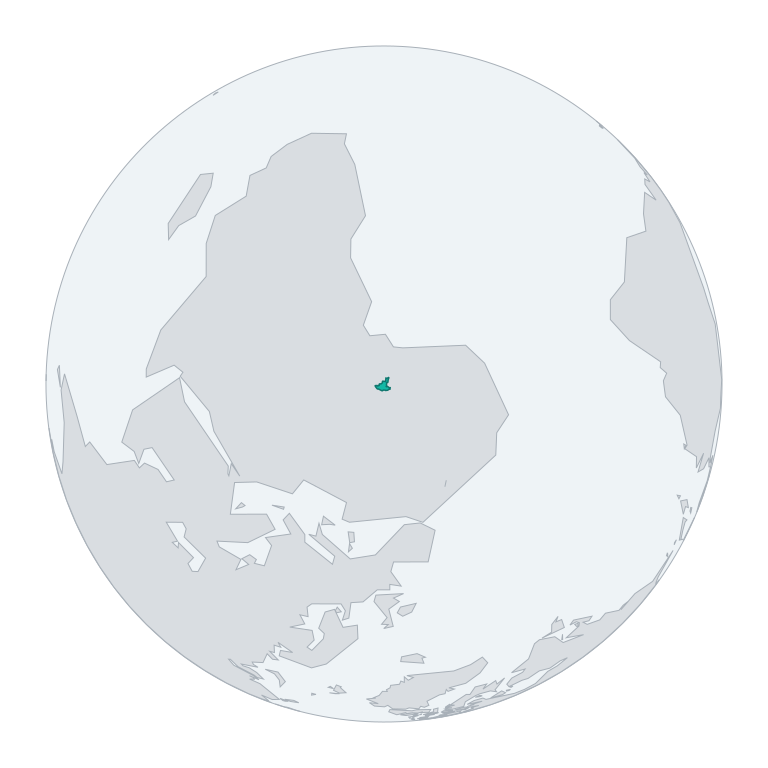 globe centered on Sokoto, rotated 186°
{"feature_id": "NGA-2871", "entity_name": "Sokoto", "entity_type": "State", "adm_level": 1, "iso_a3": "NGA", "parent_name": "Nigeria", "parent_adm1": "", "projection": "orthographic", "projection_center": [5.256, 12.709], "detail": "coarse", "context": "on_globe", "style": "filled", "palette": "teal", "viewbox_px": 768, "rotation_deg": 186, "n_neighbors": 0, "source": "natural_earth", "source_scale": "10m", "svg_char_len": 9405}
<svg xmlns="http://www.w3.org/2000/svg" viewBox="0 0 768 768"><g transform="rotate(186 384 384)"><circle cx="384" cy="384" r="338" fill="#eef3f6" stroke="#a8b0b8"/><path d="M292.7,58.6L265.4,68.0L271.1,66.2L260.9,71.0L263.7,71.1L256.1,74.2L264.9,71.7L271.3,68.9L277.3,67.1L279.6,67.2L270.3,70.9L267.8,71.4L266.3,72.6L260.7,74.6L264.7,73.7L253.2,78.8L267.8,74.1L261.3,78.6L252.8,82.0L249.6,81.0L221.9,90.0L212.3,95.0L202.0,102.0L191.1,115.3L182.2,121.8L173.0,131.0L179.8,127.1L189.3,118.8L199.6,114.9L210.0,106.2L215.7,103.8L228.1,96.1L230.5,98.3L226.2,104.9L216.0,111.8L213.9,115.3L227.0,110.2L211.5,125.7L207.2,141.4L202.7,145.9L187.7,150.5L178.8,145.6L159.3,155.6L176.2,150.7L164.8,163.7L164.7,167.0L167.8,167.7L173.9,163.7L170.8,169.0L152.9,174.8L155.4,170.0L161.1,167.9L156.8,166.2L144.7,172.0L139.8,179.2L126.6,183.5L123.0,189.0L118.1,193.7L124.8,184.3L112.5,201.8L96.2,215.8L79.1,248.7L91.2,220.7L92.7,215.3L92.9,212.9L89.9,218.1L92.3,213.4L106.3,191.5L121.9,170.8L139.0,151.3L157.6,133.2L177.5,116.5L198.6,101.5L220.8,88.1L244.0,76.4L268.0,66.6L292.7,58.6ZM69.9,259.3L69.9,260.2L61.2,284.0L69.9,259.3ZM59.6,289.5L58.1,298.8L52.4,321.7L50.6,335.7L52.2,335.6L53.1,344.6L57.3,333.1L62.5,329.3L58.9,348.6L64.6,333.1L65.6,344.4L78.1,351.1L76.2,354.9L86.1,383.9L102.7,400.7L106.5,416.4L104.0,424.3L111.0,429.2L111.2,435.0L144.4,452.8L165.6,471.7L167.7,491.5L155.6,510.6L157.8,554.9L139.5,563.4L143.7,580.4L144.8,601.8L132.6,595.3L145.3,609.8L146.1,615.2L140.6,612.8L147.6,621.4L144.0,619.4L152.1,626.8L158.3,634.9L170.5,645.4L177.3,651.4L158.2,635.4L140.3,618.1L139.9,617.6L140.0,617.8L129.1,605.9L119.8,594.6L106.4,575.2L76.2,513.0L70.1,498.7L60.9,478.3L48.6,423.7L47.7,405.7L46.9,395.0L49.8,371.7L51.8,344.7L51.5,339.5L49.5,347.5L51.2,326.0L55.5,304.7L55.8,303.6L59.6,289.5ZM74.0,259.6L72.4,282.5L68.5,280.5L70.1,278.3L71.5,269.9L72.5,260.7L70.5,260.8L74.0,259.6ZM84.0,244.5L83.9,242.1L84.7,243.1L84.0,244.5ZM225.9,95.6L226.9,95.8L224.1,97.1L225.9,95.6ZM230.3,92.2L226.3,93.5L227.7,92.2L230.2,91.4L230.3,92.2ZM234.9,91.1L230.9,89.7L233.6,87.5L245.2,82.9L234.9,91.1ZM272.4,68.1L265.7,71.0L269.2,68.6L272.4,68.1ZM273.2,67.1L275.4,64.2L286.4,60.6L283.4,61.9L296.1,57.9L300.4,57.4L294.4,59.6L286.4,61.8L294.1,60.1L273.2,67.1ZM280.0,66.2L279.5,65.7L289.0,62.4L291.8,63.0L287.8,63.8L280.0,66.2ZM297.3,57.4L304.9,55.5L310.4,54.4L314.1,53.7L301.4,57.2L297.3,57.4ZM286.8,64.6L293.0,63.5L290.5,65.3L281.2,66.7L286.8,64.6ZM290.3,61.4L294.9,60.0L293.2,60.9L290.3,61.4ZM285.3,72.3L284.5,71.0L289.3,69.0L285.3,72.3ZM295.4,63.0L296.2,62.4L298.1,61.7L301.5,61.4L295.4,63.0ZM306.2,56.5L306.9,56.7L311.7,54.9L316.0,54.6L306.8,57.2L312.6,56.0L313.9,55.9L304.9,58.2L306.2,56.5ZM310.6,59.2L300.3,63.3L300.8,65.7L296.4,67.4L296.4,63.2L310.6,59.2ZM308.0,58.3L308.6,59.1L302.9,60.4L299.0,60.7L308.0,58.3ZM322.3,53.7L318.0,53.5L320.2,53.0L322.3,53.7ZM311.8,59.5L314.3,58.6L312.5,59.5L311.8,59.5ZM320.4,55.0L318.5,54.9L321.1,54.3L320.4,55.0ZM320.7,57.1L317.4,58.3L314.6,58.3L320.7,57.1ZM321.4,55.9L325.3,55.2L315.6,57.7L320.2,55.9L321.4,55.9ZM323.0,54.5L323.9,54.1L323.4,54.7L323.0,54.5ZM333.1,56.7L321.5,59.8L315.4,59.7L327.5,56.6L333.1,56.7ZM193.6,663.1L200.2,667.5L200.4,667.7L193.6,663.1ZM192.6,661.6L193.6,661.1L196.8,663.1L196.8,664.0L192.6,661.6ZM458.6,54.4L457.6,54.2L454.2,53.5L452.7,53.1L458.6,54.4ZM712.6,305.2L707.1,285.6L708.7,294.3L704.9,282.1L694.9,261.0L695.1,273.2L698.0,312.1L704.5,344.2L702.8,360.7L685.8,319.6L674.5,290.6L670.6,295.6L651.2,274.9L624.3,281.9L618.5,275.0L613.9,280.3L599.8,275.4L590.1,264.0L582.6,266.6L608.0,296.5L615.9,294.0L619.6,279.3L625.4,290.8L638.7,298.8L631.3,332.0L588.0,368.9L580.5,345.4L530.3,286.1L529.9,278.7L529.6,277.9L528.7,276.5L527.6,288.8L517.8,277.3L548.2,319.2L554.8,338.4L587.5,370.4L585.2,374.7L594.7,380.8L621.2,366.0L622.0,374.1L611.6,414.4L572.1,472.3L575.5,505.2L569.4,534.0L540.7,556.4L539.1,577.4L523.7,586.6L520.0,598.5L505.3,612.2L482.3,625.8L447.5,628.9L448.5,618.7L436.0,599.3L420.0,549.4L432.1,524.7L430.4,505.9L404.9,464.6L410.7,440.3L403.1,430.5L387.8,433.6L378.5,421.9L369.0,421.9L306.9,431.1L286.1,415.2L256.9,366.4L266.8,347.3L265.4,325.0L330.8,250.5L348.3,254.4L403.9,242.9L411.5,245.2L408.9,262.2L453.8,280.2L463.6,265.2L500.4,273.3L522.3,270.4L523.2,238.4L487.2,242.3L477.1,228.1L502.9,212.0L533.7,210.3L530.8,204.8L508.0,194.6L511.8,183.8L499.7,190.4L507.1,195.4L499.7,200.2L492.6,196.1L494.2,192.1L484.0,190.7L478.9,211.6L485.8,218.9L461.0,225.1L470.1,238.3L464.6,245.5L447.0,226.0L446.2,218.4L416.4,199.3L415.0,207.6L443.1,226.7L435.8,225.6L434.1,238.7L429.6,227.9L399.3,206.5L374.7,213.1L349.1,246.2L333.5,249.6L317.9,243.9L321.5,211.7L355.9,208.0L357.6,198.1L345.8,184.8L357.3,185.3L356.7,179.9L369.2,178.6L382.1,165.1L394.0,163.1L394.5,147.5L400.7,144.8L398.7,154.4L403.7,160.8L432.9,157.8L437.2,154.1L435.2,144.7L443.5,145.7L437.7,137.1L452.3,132.4L429.7,131.4L426.7,122.0L433.0,114.3L427.9,111.5L417.7,124.2L417.3,129.6L423.4,134.3L418.7,151.1L409.7,154.7L399.3,137.7L385.3,141.4L383.3,128.0L412.1,99.5L426.4,94.1L459.8,102.7L459.1,108.2L446.8,107.4L462.4,116.0L459.1,111.4L466.0,112.8L464.9,105.5L469.7,106.2L460.3,98.5L466.1,98.6L472.0,103.5L475.2,94.3L486.0,93.7L484.5,91.4L479.7,89.1L496.6,90.6L494.7,89.0L488.4,87.7L480.5,83.8L473.1,78.0L479.4,78.8L482.9,81.0L499.6,87.6L508.0,94.2L509.8,94.1L504.0,88.6L483.6,80.4L477.4,76.8L487.3,79.8L483.2,78.4L482.1,76.9L486.8,76.5L476.0,73.0L455.1,59.4L462.2,58.5L473.3,61.9L465.3,56.8L473.9,58.3L468.1,56.8L462.4,55.3L486.3,61.9L509.6,70.3L532.3,80.4L554.2,92.1L575.1,105.3L595.1,120.1L613.9,136.3L631.4,153.8L647.6,172.6L662.4,192.5L675.7,213.5L687.5,235.3L697.5,258.0L705.9,281.3L712.6,305.2ZM312.7,288.2L312.0,294.8L312.7,288.2ZM569.8,225.4L586.1,223.8L572.9,206.1L578.0,204.4L571.6,199.5L571.8,204.9L555.3,191.4L560.2,185.0L555.2,177.7L549.4,178.0L543.2,192.2L566.8,211.0L565.6,219.3L569.8,225.4ZM78.6,351.1L79.6,355.7L77.3,354.6L78.6,351.1ZM65.5,287.7L66.4,289.6L66.0,293.3L64.9,293.1L65.5,287.7ZM78.7,300.7L80.8,304.1L77.5,303.8L78.7,300.7ZM72.7,285.7L76.8,298.7L70.6,300.7L68.4,292.9L71.3,293.6L72.7,285.7ZM78.6,254.4L78.5,256.6L76.9,259.7L78.6,254.4ZM84.6,245.4L84.2,245.3L85.2,242.2L84.6,245.4ZM165.8,163.4L167.2,163.1L169.2,164.9L166.0,166.3L165.8,163.4ZM192.0,162.4L186.6,171.1L188.2,165.4L182.7,168.3L179.2,160.7L200.3,147.8L191.4,154.7L192.0,162.4ZM180.5,148.4L180.3,153.8L179.6,148.5L180.5,148.4ZM341.1,155.0L346.9,157.8L344.3,163.9L329.1,169.2L332.6,160.1L341.1,155.0ZM355.7,160.6L349.5,143.9L358.7,140.8L354.6,145.2L361.3,144.8L356.5,152.0L371.2,166.6L370.0,173.2L342.6,177.6L352.2,172.1L346.0,169.3L355.7,160.6ZM317.6,115.3L315.1,110.5L338.4,109.7L338.0,114.5L322.9,119.3L314.3,116.6L317.6,115.3ZM256.2,84.3L253.7,84.2L256.3,83.0L260.5,82.0L256.2,84.3ZM284.5,71.8L269.7,83.9L266.1,84.2L261.7,92.2L250.5,96.4L253.7,90.9L241.9,100.7L240.3,97.4L233.3,104.3L241.6,91.5L239.8,89.7L246.1,89.9L256.4,85.9L260.3,83.7L269.9,76.5L271.0,71.7L281.4,67.9L288.4,66.5L289.8,67.1L282.6,69.2L289.5,68.4L280.2,72.0L284.5,71.8ZM365.2,65.5L356.3,65.5L368.6,68.9L359.4,70.7L361.4,71.0L356.2,73.8L353.4,78.2L348.6,78.6L349.6,80.2L346.2,82.5L345.9,85.0L337.2,87.0L336.2,90.3L332.6,89.4L333.2,94.9L328.9,91.9L324.1,95.2L330.8,96.4L284.6,105.9L268.6,113.9L257.6,122.7L251.7,117.6L258.3,106.7L271.4,94.9L287.7,88.6L282.1,88.0L288.2,85.0L290.1,86.7L290.9,82.4L296.4,80.6L308.1,73.0L305.8,69.1L310.1,66.7L313.8,67.3L315.4,64.6L325.2,64.5L328.5,62.9L341.4,61.8L346.6,64.8L349.8,63.0L359.8,62.7L365.2,65.5ZM336.7,56.4L345.0,58.5L344.1,60.8L322.0,61.9L317.7,63.4L303.5,65.2L305.2,62.1L309.1,61.7L313.3,60.7L311.1,62.1L316.0,60.3L321.5,60.0L326.8,58.6L328.1,59.5L336.7,56.4ZM417.8,238.5L423.3,238.8L431.3,237.5L430.4,246.2L417.8,238.5ZM396.9,224.0L401.5,222.6L404.2,233.2L398.5,233.3L396.9,224.0ZM401.8,213.4L401.6,221.7L398.3,217.3L401.8,213.4ZM402.7,153.0L407.3,151.5L408.7,153.6L407.2,157.2L402.7,153.0ZM399.9,79.7L394.9,78.4L395.7,77.5L389.5,73.0L395.9,71.9L402.2,74.1L399.9,79.7ZM518.4,244.4L513.4,251.1L509.5,248.6L512.0,246.8L518.4,244.4ZM470.8,248.9L482.8,251.8L470.4,251.2L470.8,248.9ZM405.8,77.7L402.4,75.8L407.7,76.5L405.8,77.7ZM400.2,70.9L406.0,71.2L395.9,71.3L400.2,70.9ZM584.2,653.2L582.1,655.7L579.3,657.1L584.2,653.2ZM615.4,521.1L588.4,573.2L575.9,575.8L576.8,562.1L589.0,531.4L604.7,520.1L613.3,505.1L615.4,521.1ZM720.9,358.4L720.4,352.5L720.4,351.7L720.9,358.4ZM705.5,346.8L710.3,364.2L708.8,368.7L705.5,346.8ZM455.6,71.9L457.2,78.7L462.6,84.3L472.3,87.9L459.3,86.4L451.0,77.7L455.6,71.9ZM454.5,60.5L446.0,58.4L449.1,58.2L451.5,58.6L454.5,60.5ZM449.8,60.1L440.6,59.9L435.4,58.1L443.7,58.5L449.8,60.1ZM423.5,67.0L423.5,68.9L419.2,68.2L423.5,67.0ZM452.9,53.2L448.3,52.3L448.9,52.4L452.9,53.2ZM436.0,50.1L438.6,50.6L433.3,49.7L436.0,50.1ZM444.7,52.1L438.3,50.6L448.2,52.6L444.7,52.1Z" fill="#d9dde1" stroke="#a8b0b8" stroke-width="1"/><path d="M385.5,377.1L389.1,378.5L389.6,378.3L390.4,378.6L392.1,380.4L392.6,381.2L391.9,381.7L391.3,381.7L390.0,381.3L389.8,381.9L389.0,381.9L388.6,382.1L388.7,383.3L388.5,383.6L386.8,383.9L385.7,385.1L385.8,386.4L385.5,386.7L383.8,386.7L382.9,386.6L382.7,387.3L382.7,390.1L381.8,390.0L380.7,390.5L380.2,390.9L379.8,390.6L380.3,388.6L380.3,386.3L380.5,385.9L381.5,385.8L381.4,384.4L381.5,383.6L381.2,382.9L381.5,381.7L381.2,381.6L381.0,381.9L380.6,382.0L379.4,381.5L378.7,380.9L377.5,381.0L377.5,379.5L378.2,379.4L379.7,378.2L381.7,377.7L382.1,378.0L383.8,377.9L384.3,377.7L384.7,377.2L385.5,377.1Z" fill="#14b8a6" stroke="#0f766e" stroke-width="1.5"/></g></svg>